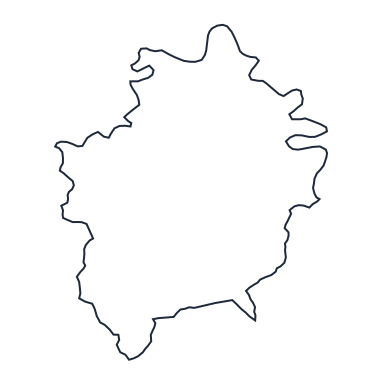 the district of Vargem, Santa Catarina, Brazil, rotated 269°
{"feature_id": "56859067B53689598872527", "entity_name": "Vargem", "entity_type": "district", "adm_level": 2, "iso_a3": "BRA", "parent_name": "Brazil", "parent_adm1": "Santa Catarina", "projection": "equal_earth", "projection_center": [-50.941, -27.469], "detail": "fine", "context": "isolated", "style": "outline", "palette": "slate", "viewbox_px": 384, "rotation_deg": 269, "n_neighbors": 0, "source": "geoboundaries", "source_scale": "gbopen_adm2", "svg_char_len": 3102}
<svg xmlns="http://www.w3.org/2000/svg" viewBox="0 0 384 384"><g transform="rotate(269 192 192)"><path d="M182.7,319.4L184.6,316.2L188.7,314.3L193.9,313.1L198.6,314.1L203.1,314.7L208.3,317.1L211.9,320.6L216.1,324.0L220.4,325.6L224.4,327.0L228.5,327.7L232.0,326.6L235.3,320.8L235.0,313.8L234.2,309.1L233.2,303.5L232.5,298.6L233.2,293.5L236.0,289.8L241.0,286.8L244.8,291.0L247.0,296.3L246.7,302.8L245.0,310.1L245.0,316.0L247.4,322.4L250.3,328.0L254.3,327.3L257.4,321.9L259.4,317.1L261.2,312.7L263.6,306.5L262.8,301.6L263.0,293.3L268.0,290.7L271.2,295.2L274.7,299.2L277.8,303.5L283.6,304.4L287.5,303.0L291.1,302.6L292.7,298.4L291.7,293.9L289.4,290.1L286.3,285.2L288.4,280.6L292.7,275.7L296.0,272.0L299.1,268.5L301.9,264.7L302.0,260.1L303.5,253.1L307.9,251.2L313.0,253.8L317.7,257.9L322.1,261.1L325.4,258.2L326.1,252.4L327.5,248.4L329.4,245.0L332.0,242.4L336.8,240.8L341.0,239.2L346.4,236.9L351.6,234.4L354.3,232.2L357.1,230.0L358.6,225.7L357.9,220.2L355.4,215.1L352.1,212.3L348.1,210.7L343.6,210.1L337.9,209.3L333.4,208.7L328.8,207.3L323.9,204.0L322.1,197.6L322.3,192.2L323.2,186.4L325.1,181.7L327.3,176.7L330.3,170.9L334.2,164.3L333.4,157.6L334.6,152.5L336.4,149.0L336.1,143.5L331.9,141.1L328.0,142.0L324.6,140.8L321.5,137.2L319.7,133.5L315.8,134.7L313.5,139.5L316.8,146.4L319.1,151.5L314.5,155.7L309.9,154.4L306.8,149.9L305.5,145.1L303.6,139.9L303.7,132.3L300.4,132.4L296.1,134.6L289.9,138.6L285.1,140.2L280.1,140.8L276.4,135.8L273.3,131.8L270.8,128.6L268.0,125.6L264.0,129.4L262.0,132.5L258.6,131.6L259.4,126.3L259.3,120.7L257.1,115.7L253.9,113.4L251.0,111.5L247.7,109.7L248.9,104.8L253.7,99.0L251.4,93.7L248.1,88.4L243.8,85.6L240.0,83.3L239.6,78.6L242.1,73.3L244.2,67.8L244.6,61.8L243.1,57.8L239.8,56.0L238.1,59.9L234.1,63.0L227.9,63.6L223.0,63.4L219.2,61.1L215.7,60.2L212.9,64.1L209.4,67.8L205.0,72.9L200.7,74.0L196.9,72.2L194.2,68.9L191.1,67.6L187.0,68.0L183.4,67.1L180.6,61.1L175.8,62.7L171.6,62.2L168.3,62.7L165.9,67.8L164.0,72.2L164.0,76.6L163.8,81.0L161.9,86.0L147.2,92.3L145.3,88.8L141.0,85.0L136.8,83.2L131.9,83.3L127.9,82.9L123.6,82.3L120.3,84.0L117.3,82.2L113.9,78.9L109.3,75.4L104.1,77.6L98.2,78.2L92.5,78.6L87.7,77.3L84.4,82.9L82.0,90.3L77.3,92.5L73.1,93.7L69.6,94.6L66.4,96.3L63.3,97.8L60.6,102.5L55.9,107.3L50.8,111.0L50.5,115.9L45.3,116.6L40.6,114.1L36.4,115.9L33.0,117.5L30.5,122.6L25.4,126.1L26.9,131.4L28.8,135.3L32.5,140.0L36.1,142.6L39.0,145.3L43.4,148.6L49.8,148.3L53.8,150.1L57.6,152.0L61.5,153.1L65.5,150.8L66.5,156.4L67.4,171.5L71.3,174.7L74.7,178.4L75.4,183.2L76.8,187.2L76.1,192.3L80.6,213.3L83.2,230.4L78.7,235.0L76.1,237.4L73.4,240.1L70.7,243.4L66.8,247.1L62.5,252.9L67.7,253.3L71.0,252.1L75.9,253.0L80.3,251.0L83.6,248.7L88.1,247.1L92.2,244.3L95.3,247.7L98.4,252.6L100.3,256.1L103.2,258.6L105.4,263.5L107.6,269.9L110.9,274.3L114.2,275.5L116.1,279.2L119.6,283.1L124.9,284.7L128.9,284.3L132.3,284.0L135.6,284.5L138.8,284.0L142.2,286.5L146.5,287.8L150.0,287.8L154.3,284.0L157.6,285.0L161.1,287.0L164.5,288.7L168.5,290.7L172.1,289.3L175.8,294.0L177.0,298.6L176.5,303.2L174.4,309.1L177.8,312.5L180.2,316.8L182.7,319.4Z" fill="none" stroke="#1e293b" stroke-width="2"/></g></svg>